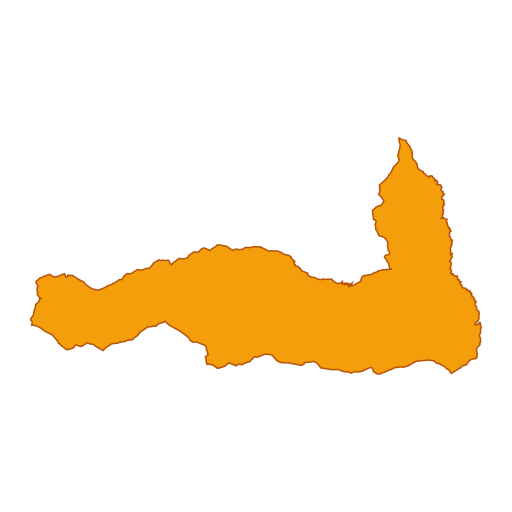 Malaia, Vâlcea, Romania
{"feature_id": "2599482B8038604719610", "entity_name": "Malaia", "entity_type": "district", "adm_level": 2, "iso_a3": "ROU", "parent_name": "Romania", "parent_adm1": "Vâlcea", "projection": "natural_earth1", "projection_center": [23.936, 45.412], "detail": "fine", "context": "isolated", "style": "filled", "palette": "amber", "viewbox_px": 512, "rotation_deg": 0, "n_neighbors": 0, "source": "geoboundaries", "source_scale": "gbopen_adm2", "svg_char_len": 6067}
<svg xmlns="http://www.w3.org/2000/svg" viewBox="0 0 512 512"><path d="M320.8,367.9L332.3,369.7L338.0,369.5L343.8,371.7L348.6,371.9L351.0,373.2L354.3,371.7L357.5,372.0L362.1,371.3L368.3,368.2L370.8,367.5L372.5,368.3L373.7,371.8L377.4,374.0L379.5,374.0L386.7,371.3L388.1,370.3L390.7,369.8L393.5,368.1L399.8,366.9L403.7,367.2L408.4,365.7L416.2,361.2L428.3,360.1L434.0,360.8L436.6,363.3L439.2,363.7L444.7,366.7L445.6,367.4L446.1,368.5L449.1,370.1L451.2,373.4L460.6,367.7L461.3,366.7L463.1,365.6L466.6,364.7L468.9,361.0L470.6,359.8L472.3,359.0L475.7,358.7L476.8,357.7L477.2,354.1L476.6,350.7L476.8,348.3L477.9,346.6L479.7,345.1L480.0,343.7L479.6,342.8L480.7,341.9L480.4,338.1L479.2,335.5L480.3,333.6L480.7,328.8L481.3,327.4L480.5,325.3L480.0,325.0L480.6,324.1L479.9,322.4L476.2,325.1L475.1,324.6L475.5,323.9L475.2,323.0L478.1,320.8L479.1,318.1L478.7,317.3L478.9,314.9L479.4,313.3L478.6,311.0L476.5,309.6L476.6,307.0L474.6,304.1L475.9,302.7L476.1,301.5L474.3,300.7L474.8,299.1L473.7,298.6L473.2,296.8L471.4,295.7L471.9,294.2L470.9,294.0L471.3,293.1L471.0,292.6L469.6,292.2L470.0,290.6L467.3,290.8L467.1,289.4L466.4,289.7L465.4,288.1L463.5,288.2L462.1,286.9L461.8,285.0L460.0,284.0L460.0,283.1L461.1,282.0L459.8,281.6L459.2,279.8L458.3,280.1L457.5,279.5L457.4,278.8L457.8,278.2L457.1,275.9L455.0,276.1L454.4,275.3L453.1,275.0L452.9,273.7L450.6,273.6L451.7,271.4L451.0,270.1L450.0,269.4L450.9,268.4L450.2,267.0L451.0,265.6L451.3,263.1L449.5,261.3L450.6,260.7L450.9,258.7L452.1,257.3L451.8,255.7L450.7,255.0L452.5,254.0L452.2,253.5L450.5,253.1L450.9,251.7L450.2,248.4L451.0,247.0L451.1,245.7L452.1,244.7L451.7,243.3L451.9,242.5L451.4,241.7L452.5,240.7L452.2,240.0L451.0,239.7L450.3,237.3L449.2,236.2L449.7,233.9L449.2,232.5L451.0,231.0L449.5,229.7L450.1,228.8L449.0,228.5L449.1,227.4L447.6,226.0L447.7,224.7L446.9,223.8L447.2,222.7L446.5,221.9L446.9,219.3L445.6,219.3L443.9,217.9L441.5,218.3L442.5,217.3L442.3,215.7L442.7,215.0L442.4,214.2L443.4,213.3L443.0,211.6L443.7,210.6L442.7,208.6L443.0,207.3L442.6,206.6L444.4,204.8L443.5,203.9L444.1,202.5L443.6,200.0L441.8,199.3L442.1,196.6L444.1,194.9L443.7,194.6L444.0,193.8L442.6,192.9L443.0,191.7L441.3,190.8L440.9,188.9L441.9,187.1L440.5,184.9L436.9,184.5L436.5,183.8L437.6,182.9L437.5,181.2L436.2,180.4L435.0,180.8L434.8,180.4L435.2,179.7L432.6,177.0L432.5,176.3L430.5,175.7L429.0,177.4L428.6,176.2L427.0,176.3L425.2,174.0L423.5,173.3L423.5,171.9L419.2,169.6L417.8,167.9L417.3,167.1L417.3,164.4L416.8,164.1L415.7,161.7L412.9,159.1L412.2,156.6L412.4,153.6L412.0,151.3L409.7,146.4L406.7,142.6L406.0,140.5L403.2,140.1L399.0,138.0L399.0,140.8L400.2,144.6L399.8,148.4L397.7,155.7L399.0,158.8L399.0,160.4L398.3,162.0L393.4,167.3L390.8,172.9L389.2,174.3L388.4,176.3L385.0,180.2L379.3,185.2L379.9,188.0L379.5,188.4L379.5,189.3L380.1,190.6L379.0,193.7L378.9,194.7L381.3,196.9L383.9,200.9L381.6,205.0L376.2,206.9L375.7,207.8L373.0,209.8L372.4,210.9L373.6,219.5L375.4,220.0L376.2,221.3L375.1,224.6L375.8,227.6L375.7,229.5L377.3,231.5L378.8,235.6L383.5,237.1L385.7,239.0L387.8,242.2L387.9,243.9L387.4,245.8L388.1,247.7L387.9,249.7L389.1,251.3L389.8,253.2L389.1,254.3L385.1,255.5L384.4,257.2L386.7,260.0L386.9,261.5L388.6,263.3L389.7,268.5L392.0,269.2L382.4,269.8L379.7,270.8L378.4,270.7L376.3,272.2L374.4,272.6L371.4,274.4L363.2,275.8L361.8,277.5L360.3,281.6L352.8,285.5L350.5,285.8L348.5,287.0L350.1,285.0L351.6,284.4L352.2,283.0L350.8,284.0L348.9,284.1L347.5,285.4L348.7,283.0L347.7,283.8L346.7,283.3L346.2,284.4L345.3,283.3L344.5,284.4L344.2,283.3L343.4,283.8L343.1,283.2L342.0,283.9L342.3,281.6L340.8,283.1L337.1,283.5L334.0,281.6L331.3,279.0L325.0,279.4L323.3,278.9L320.1,279.8L318.5,279.0L317.2,279.1L314.9,277.4L312.3,277.4L309.6,276.2L307.7,275.3L307.8,273.5L307.2,272.9L302.9,271.4L301.1,270.1L300.2,268.4L297.5,266.2L295.2,265.8L295.1,264.5L293.9,263.9L294.4,262.6L293.8,261.8L294.7,261.4L291.4,258.3L291.1,256.8L288.3,255.2L284.9,254.6L279.9,251.9L276.8,250.9L273.2,251.1L271.0,250.7L269.2,251.3L260.2,246.8L255.2,246.9L254.2,246.5L250.7,247.5L245.2,247.5L242.5,249.4L239.0,249.6L235.5,249.1L232.8,250.5L226.7,246.3L219.5,244.9L217.2,245.0L215.4,246.7L209.7,250.3L204.3,247.9L202.8,248.3L201.3,249.1L197.9,252.4L195.4,251.8L192.9,252.5L189.0,255.3L187.8,257.6L183.9,259.0L179.1,258.4L172.2,263.6L171.9,264.9L170.1,263.5L169.1,261.0L168.2,260.2L165.3,260.6L162.4,260.0L160.3,260.7L158.9,259.8L153.7,263.0L151.2,266.4L148.9,268.4L145.9,268.5L141.7,270.1L137.2,269.7L131.9,273.1L129.5,274.0L127.2,273.5L123.9,276.1L121.8,279.6L119.2,279.7L116.1,281.9L110.0,285.1L107.5,285.7L106.0,287.1L99.2,289.9L96.9,290.0L91.9,288.8L85.7,284.5L84.1,282.2L78.0,279.1L73.0,275.6L67.8,275.1L68.1,276.0L67.7,276.7L65.6,277.0L65.0,274.5L64.3,273.7L57.3,276.5L54.7,277.0L51.6,275.8L49.9,274.4L47.5,275.0L39.6,278.1L36.1,281.6L36.1,282.7L38.0,286.2L37.1,288.1L37.3,289.6L37.0,290.7L37.8,292.2L37.3,293.4L37.3,294.6L39.9,298.1L40.6,298.0L40.9,298.5L39.5,299.2L39.1,301.3L35.6,304.6L35.5,306.9L33.8,312.3L33.7,313.9L32.7,316.3L31.6,317.3L30.7,318.9L30.7,320.1L31.8,321.2L32.3,322.5L31.7,324.8L31.0,325.3L32.2,325.1L36.5,325.9L41.5,328.5L44.0,330.7L52.3,335.0L57.8,341.4L58.6,343.5L60.2,344.1L60.7,345.1L66.9,349.9L72.9,348.1L74.1,347.2L75.2,345.2L76.3,345.0L80.3,346.6L83.1,345.6L87.2,342.8L90.1,344.0L93.3,344.3L95.8,346.4L103.2,350.6L105.4,348.0L111.6,343.8L117.9,343.1L119.8,342.2L125.7,341.3L127.5,340.1L132.2,339.9L134.3,337.8L137.5,335.6L139.9,332.3L148.0,326.9L151.2,326.7L153.8,326.0L155.7,326.3L157.6,324.5L160.2,323.1L163.0,322.6L165.0,321.1L168.6,324.7L180.1,331.2L186.9,336.2L189.2,338.3L190.4,340.7L193.1,342.2L196.3,341.8L204.7,345.3L206.3,347.2L206.3,349.7L207.1,351.0L208.1,354.6L205.3,356.9L206.1,358.8L206.2,361.3L206.9,364.4L210.0,364.3L213.0,365.1L217.3,368.2L219.1,368.1L225.3,366.0L228.7,362.9L236.3,365.9L237.2,364.7L238.4,364.2L242.3,364.8L244.3,363.3L249.6,361.7L254.6,356.6L256.1,357.2L257.7,357.1L263.6,354.6L265.8,354.2L269.7,354.5L272.5,355.3L276.4,360.3L279.9,362.3L282.5,362.8L288.1,362.8L301.3,365.4L304.0,364.1L304.3,362.7L313.8,361.5L316.9,362.9L320.8,367.9Z" fill="#f59e0b" stroke="#b45309" stroke-width="1.5"/></svg>